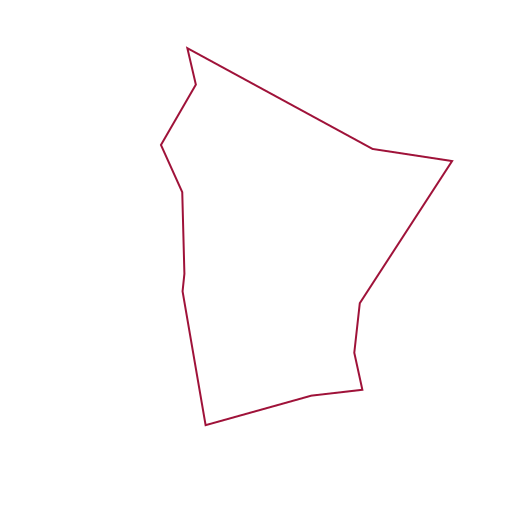 Hopewell, Virginia, United States of America (Natural Earth projection), rotated 117°
{"feature_id": "52423323B69617253106645", "entity_name": "Hopewell", "entity_type": "district", "adm_level": 2, "iso_a3": "USA", "parent_name": "United States of America", "parent_adm1": "Virginia", "projection": "natural_earth1", "projection_center": [-77.3, 37.288], "detail": "fine", "context": "isolated", "style": "outline", "palette": "rose", "viewbox_px": 512, "rotation_deg": 117, "n_neighbors": 0, "source": "geoboundaries", "source_scale": "gbopen_adm2", "svg_char_len": 332}
<svg xmlns="http://www.w3.org/2000/svg" viewBox="0 0 512 512"><g transform="rotate(117 256 256)"><path d="M82.4,124.4L107.7,200.7L102.0,411.5L130.6,387.4L200.2,391.1L232.6,350.7L304.4,311.7L320.8,305.4L429.6,224.1L355.3,143.3L326.9,100.5L297.6,124.5L250.9,142.1L82.4,124.4Z" fill="none" stroke="#9f1239" stroke-width="2"/></g></svg>